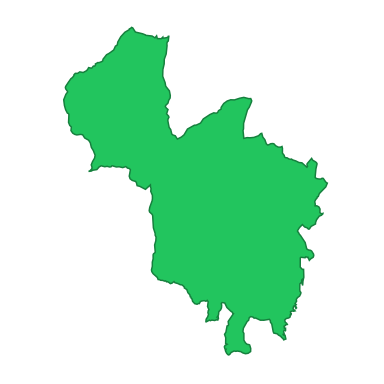 the district of Sacuieu, Cluj, Romania, rotated 94°
{"feature_id": "2599482B66272084006020", "entity_name": "Sacuieu", "entity_type": "district", "adm_level": 2, "iso_a3": "ROU", "parent_name": "Romania", "parent_adm1": "Cluj", "projection": "robinson", "projection_center": [22.862, 46.778], "detail": "fine", "context": "isolated", "style": "filled", "palette": "green", "viewbox_px": 384, "rotation_deg": 94, "n_neighbors": 0, "source": "geoboundaries", "source_scale": "gbopen_adm2", "svg_char_len": 5932}
<svg xmlns="http://www.w3.org/2000/svg" viewBox="0 0 384 384"><g transform="rotate(94 192 192)"><path d="M318.4,163.2L318.6,160.3L317.9,159.1L317.9,157.3L317.4,157.2L317.3,157.9L316.5,156.8L314.4,157.2L314.7,158.0L312.8,157.0L309.5,156.9L307.5,155.2L305.5,154.5L302.8,154.5L301.2,155.0L300.2,154.3L300.4,151.6L304.8,149.1L308.4,144.7L309.1,143.4L310.3,142.8L310.5,142.2L318.6,146.9L321.8,146.3L322.7,146.6L323.2,147.7L329.5,148.4L331.7,149.6L335.0,148.2L340.7,147.9L341.4,146.3L342.6,148.2L343.9,148.9L345.0,148.7L346.8,147.9L346.6,147.1L348.0,147.6L350.3,146.3L351.7,144.9L352.0,143.9L351.2,142.9L349.4,141.8L347.7,139.0L347.9,137.1L347.5,135.7L347.9,132.0L348.9,130.3L349.6,127.4L349.0,124.8L347.1,122.4L344.0,122.5L340.6,123.8L340.3,124.4L340.0,126.6L338.7,128.2L336.2,129.9L329.4,130.4L327.7,131.5L324.2,131.2L317.2,127.9L316.1,126.6L313.3,126.1L312.2,124.7L312.5,122.5L313.5,121.3L313.3,119.7L315.1,114.9L314.9,111.4L313.6,105.9L314.8,104.9L316.3,104.7L318.2,103.2L325.5,101.3L327.0,100.6L327.6,96.9L328.6,95.9L329.9,93.2L330.7,92.7L331.9,91.0L333.1,90.2L332.1,88.1L328.4,89.2L328.1,89.6L328.4,90.7L328.3,90.9L328.1,91.0L328.3,90.3L327.4,90.7L326.9,90.2L325.0,90.9L323.6,90.5L323.5,89.6L323.8,89.1L323.5,89.0L321.3,89.2L321.5,90.3L319.5,90.8L318.7,89.6L318.0,89.4L317.5,87.7L316.4,88.4L315.4,89.9L313.2,90.6L311.6,89.1L310.9,86.7L309.8,85.4L307.5,85.4L307.5,84.6L306.4,84.5L306.2,85.0L304.5,85.4L303.7,83.6L303.9,82.4L303.4,80.9L301.5,83.1L298.9,82.7L298.2,81.6L301.0,80.2L300.3,79.6L297.9,81.1L297.1,80.2L296.2,81.4L293.5,80.0L292.4,80.5L291.3,80.2L289.9,79.3L288.3,77.4L285.8,76.4L284.5,76.4L283.7,77.3L282.1,77.7L276.6,78.0L275.9,77.9L274.3,76.3L272.1,76.4L271.1,75.5L274.3,75.5L275.3,76.0L277.5,75.1L273.1,75.1L269.2,74.5L261.4,75.3L261.5,76.5L259.4,78.8L250.2,79.4L249.5,78.7L249.7,74.6L248.8,74.2L248.8,72.9L249.3,72.4L249.0,71.7L252.0,70.2L250.4,68.9L248.7,66.6L247.1,66.1L245.5,66.4L242.6,68.5L241.9,69.7L241.7,71.8L240.7,73.6L234.5,75.6L227.6,80.9L226.8,81.9L224.7,83.1L224.2,83.9L223.2,84.0L220.1,82.4L216.8,79.6L219.0,77.2L219.7,74.7L220.9,73.3L220.7,72.3L218.0,70.8L215.3,66.6L213.8,66.6L211.0,65.8L207.2,63.4L206.2,61.3L204.8,60.0L204.2,59.9L204.6,61.0L204.4,61.9L203.6,63.0L200.1,63.1L198.0,64.4L197.1,66.4L197.2,68.3L195.5,68.2L193.1,68.9L190.9,68.1L189.4,66.9L188.0,66.6L187.7,65.7L185.3,65.1L184.1,64.4L177.6,58.9L173.7,57.6L172.9,59.1L169.3,62.0L169.2,63.2L170.1,64.4L170.2,66.4L169.8,69.0L168.8,70.2L160.4,70.0L155.2,69.2L154.0,69.9L153.1,71.3L151.8,73.9L150.1,75.0L155.7,79.1L156.8,79.2L158.3,78.5L159.3,79.1L155.2,84.4L155.1,87.4L153.8,90.5L152.9,94.0L152.2,95.0L152.5,95.6L152.3,97.6L151.3,99.4L151.2,101.2L150.6,102.1L149.0,102.6L146.9,104.5L142.1,104.8L140.3,105.4L141.1,106.9L141.2,109.1L140.0,111.8L138.3,113.5L138.0,114.7L138.3,116.7L139.7,119.1L139.8,119.9L138.8,121.2L134.7,123.0L132.3,125.2L128.6,126.5L129.0,127.6L131.2,129.5L133.2,134.0L133.9,138.1L133.9,140.8L134.9,144.0L127.1,145.4L125.5,145.0L119.8,145.3L106.2,142.4L103.4,140.8L97.8,138.9L96.8,138.8L94.7,139.9L94.9,142.0L94.0,146.9L95.1,150.9L97.2,156.1L97.3,159.8L98.8,163.3L101.5,166.5L105.5,168.8L107.3,168.8L109.0,171.2L110.6,171.8L111.5,172.7L111.7,173.6L111.5,175.8L113.4,179.4L118.3,185.8L122.7,188.3L125.0,192.5L125.2,194.3L129.5,200.9L135.5,203.9L137.9,206.4L140.2,210.3L137.1,212.6L136.4,215.1L135.6,216.2L131.2,217.6L129.2,219.3L122.6,221.1L120.9,221.0L119.0,220.2L117.9,220.7L115.8,222.8L111.4,221.7L110.1,223.4L108.6,224.6L107.5,224.3L105.1,222.2L102.1,221.6L99.8,220.4L97.2,220.4L92.7,221.6L88.3,225.6L84.7,226.5L78.6,229.3L71.9,229.6L66.2,228.7L61.5,228.9L56.1,227.4L47.8,227.1L45.7,227.4L44.2,227.2L43.0,226.2L38.3,226.0L38.3,226.5L39.1,226.8L39.6,227.5L40.1,229.2L40.6,231.7L39.5,231.9L41.2,233.4L41.4,237.3L38.7,238.2L40.8,239.7L39.2,242.7L38.9,249.2L38.5,249.5L37.6,252.3L36.4,259.6L32.4,262.6L32.0,263.8L33.0,264.6L33.7,265.9L34.4,265.9L37.3,270.1L42.1,273.9L47.6,276.5L50.5,276.8L51.9,278.6L55.8,280.0L59.5,284.4L61.0,286.8L65.7,290.0L67.4,290.2L68.2,291.1L69.5,293.9L69.4,294.9L71.0,297.3L71.8,297.1L73.2,297.8L73.3,299.2L75.3,300.6L75.5,301.1L75.1,303.8L77.1,304.7L78.5,305.9L80.4,308.9L80.0,312.3L81.6,314.4L81.8,316.7L83.2,317.9L84.1,317.9L86.1,319.2L87.4,320.7L91.2,323.0L95.5,325.4L96.6,325.6L97.9,325.2L100.3,323.2L101.0,323.1L103.3,324.6L108.9,326.4L114.6,325.3L118.7,323.8L122.0,321.8L122.4,320.7L123.3,320.2L131.2,320.0L134.1,318.6L135.5,316.9L139.2,317.0L141.6,315.1L142.7,313.0L143.1,310.9L142.3,307.2L142.5,305.1L145.6,302.8L147.5,298.8L150.0,296.9L154.5,295.5L157.6,293.3L162.1,291.2L165.1,291.6L168.5,293.3L172.0,294.4L174.1,293.5L175.8,293.5L177.9,295.2L178.7,296.6L178.1,293.8L177.2,292.5L176.3,288.5L173.5,286.4L172.2,284.4L172.9,280.8L172.3,278.5L172.8,275.8L172.4,274.4L171.6,273.9L171.4,273.3L172.3,269.3L171.9,266.4L172.5,262.8L171.3,259.9L172.0,258.6L172.6,258.2L173.0,256.1L174.1,255.0L180.6,255.7L183.1,254.7L184.6,252.5L185.4,249.0L186.6,248.1L189.5,247.2L190.0,244.5L192.6,238.6L187.8,234.0L190.2,233.7L191.3,233.1L194.2,233.2L198.0,231.3L201.1,231.0L203.3,231.1L210.3,233.1L213.5,233.4L214.9,232.9L217.1,230.2L218.3,229.6L230.5,228.0L235.8,225.9L237.8,225.7L239.5,224.7L243.2,224.7L247.5,225.6L254.4,224.5L255.1,224.7L256.4,226.1L257.4,226.4L261.4,226.1L264.7,226.7L268.9,226.4L272.6,227.0L274.3,226.5L276.2,225.1L279.7,220.6L281.7,219.7L281.7,218.4L282.3,217.0L282.2,215.1L282.8,213.2L282.5,212.1L283.4,211.2L283.2,210.3L283.8,208.8L284.9,207.2L284.4,205.7L282.6,203.7L283.7,202.7L284.3,199.7L285.3,197.3L285.3,195.8L285.8,194.8L287.3,193.0L288.2,193.0L289.7,190.4L292.8,189.0L294.7,187.0L296.7,186.4L296.9,185.7L298.2,185.3L298.7,184.5L301.0,183.8L303.2,181.5L303.6,179.1L302.8,177.8L302.8,176.9L300.9,176.1L300.2,175.1L299.5,172.3L300.0,170.4L299.0,169.3L300.4,168.2L305.1,168.5L308.3,166.9L309.2,167.5L311.5,167.7L312.6,167.0L315.3,167.6L317.9,169.0L320.3,169.1L320.6,168.9L320.4,168.5L318.6,165.6L319.1,164.8L318.4,163.2Z" fill="#22c55e" stroke="#15803d" stroke-width="1.5"/></g></svg>